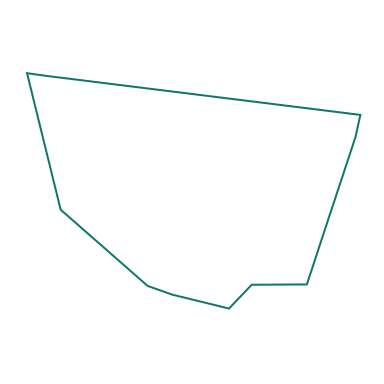 Sullivan, Pennsylvania, United States of America, rotated 1°
{"feature_id": "52423323B85598258379777", "entity_name": "Sullivan", "entity_type": "district", "adm_level": 2, "iso_a3": "USA", "parent_name": "United States of America", "parent_adm1": "Pennsylvania", "projection": "equal_earth", "projection_center": [-76.467, 41.433], "detail": "fine", "context": "isolated", "style": "outline", "palette": "teal", "viewbox_px": 384, "rotation_deg": 1, "n_neighbors": 0, "source": "geoboundaries", "source_scale": "gbopen_adm2", "svg_char_len": 303}
<svg xmlns="http://www.w3.org/2000/svg" viewBox="0 0 384 384"><g transform="rotate(1 192 192)"><path d="M359.0,112.0L44.7,78.5L25.0,76.1L61.0,212.0L149.3,286.7L174.1,295.0L231.0,307.9L253.3,283.7L308.5,282.4L323.6,233.5L354.5,134.2L359.0,112.0Z" fill="none" stroke="#0f766e" stroke-width="2"/></g></svg>